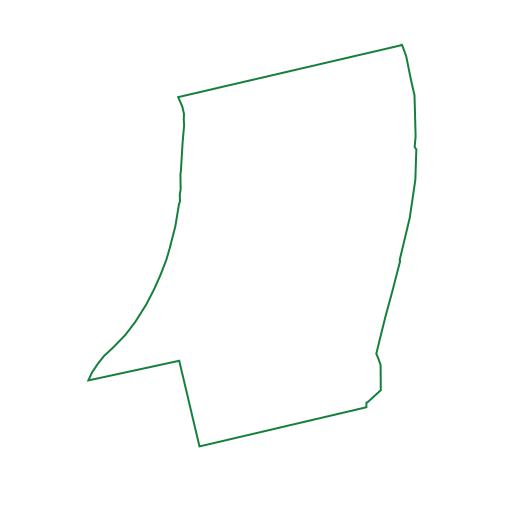 the district of Jarra central, Lower River, Gambia, rotated 257°
{"feature_id": "56634734B6993374345684", "entity_name": "Jarra central", "entity_type": "district", "adm_level": 2, "iso_a3": "GMB", "parent_name": "Gambia", "parent_adm1": "Lower River", "projection": "orthographic", "projection_center": [-15.418, 13.42], "detail": "fine", "context": "isolated", "style": "outline", "palette": "green", "viewbox_px": 512, "rotation_deg": 257, "n_neighbors": 0, "source": "geoboundaries", "source_scale": "gbopen_adm2", "svg_char_len": 989}
<svg xmlns="http://www.w3.org/2000/svg" viewBox="0 0 512 512"><g transform="rotate(257 256 256)"><path d="M428.3,215.9L418.2,217.8L410.7,217.8L405.2,216.3L399.6,215.4L382.4,209.8L355.5,201.9L352.9,200.8L337.6,197.5L335.1,196.4L333.1,195.6L326.0,194.1L323.8,192.6L302.9,184.0L285.0,174.7L285.0,174.8L272.3,167.7L259.2,158.8L250.0,151.9L246.2,149.0L233.5,138.2L218.9,123.5L208.4,110.8L199.4,96.9L192.7,85.3L186.7,77.8L179.3,69.9L173.0,65.0L172.5,64.7L171.2,157.6L138.1,157.8L117.5,157.9L83.2,158.1L83.2,159.1L83.3,197.3L83.3,197.8L83.5,247.9L83.6,274.2L83.8,329.5L85.1,329.8L88.3,330.7L88.7,332.4L97.2,347.4L121.8,352.9L128.8,352.1L133.3,351.3L133.6,351.2L146.2,357.5L169.0,369.1L175.3,372.5L191.3,381.1L202.9,387.1L218.6,395.3L219.6,395.0L258.2,414.2L269.1,418.5L294.4,428.4L323.8,436.2L326.5,435.1L336.5,438.4L370.0,445.2L377.2,446.6L392.5,446.6L417.1,447.3L428.7,445.8L428.8,445.6L428.7,445.6L428.5,332.8L428.4,262.8L428.3,215.9Z" fill="none" stroke="#15803d" stroke-width="2"/></g></svg>